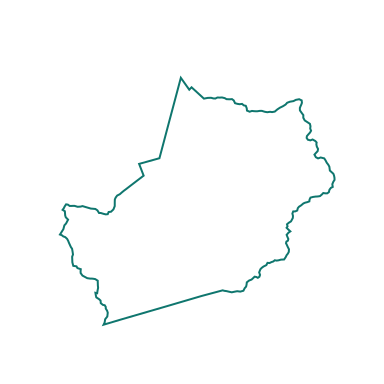 Santa Cruz, Pernambuco, Brazil (Albers equal-area conic projection), rotated 249°
{"feature_id": "56859067B26223419026815", "entity_name": "Santa Cruz", "entity_type": "district", "adm_level": 2, "iso_a3": "BRA", "parent_name": "Brazil", "parent_adm1": "Pernambuco", "projection": "albers", "projection_center": [-40.303, -8.286], "detail": "fine", "context": "isolated", "style": "outline", "palette": "teal", "viewbox_px": 384, "rotation_deg": 249, "n_neighbors": 0, "source": "geoboundaries", "source_scale": "gbopen_adm2", "svg_char_len": 3295}
<svg xmlns="http://www.w3.org/2000/svg" viewBox="0 0 384 384"><g transform="rotate(249 192 192)"><path d="M146.3,325.2L149.0,325.8L151.0,327.7L152.2,329.4L154.2,330.1L156.5,330.5L158.4,330.5L160.2,329.6L162.6,328.4L166.4,329.3L168.7,329.0L171.0,328.3L173.7,328.0L176.0,327.5L178.1,324.5L178.2,321.7L180.1,320.1L183.0,319.7L184.0,321.6L185.1,323.9L187.0,325.1L189.6,324.8L192.0,325.2L193.6,326.1L195.4,325.4L197.8,323.4L197.8,321.0L199.3,318.9L201.4,318.4L203.0,319.3L204.1,321.3L205.2,323.5L206.5,325.1L208.9,325.1L211.0,326.2L213.4,326.5L215.5,325.0L218.4,322.9L221.4,322.5L223.9,323.5L226.3,322.8L229.5,322.0L231.8,322.8L233.1,324.0L234.6,325.5L235.9,326.6L238.2,327.2L240.2,325.3L240.8,322.0L240.5,319.3L241.2,315.8L241.2,312.8L240.1,310.7L239.5,307.7L239.2,304.3L238.5,301.2L237.4,298.1L237.9,295.4L238.9,293.6L239.5,290.9L240.8,288.7L242.7,286.3L243.4,284.5L244.0,281.8L245.1,279.1L246.2,277.0L246.3,274.6L248.3,272.5L250.6,273.1L253.2,273.1L254.3,271.4L256.3,270.3L256.9,267.9L258.0,266.0L259.5,264.0L262.5,263.8L264.4,262.6L265.0,260.5L266.3,257.5L267.9,256.2L269.5,253.9L270.2,251.7L271.1,249.6L270.9,247.3L271.7,245.5L273.1,243.6L274.2,240.5L274.9,236.6L289.9,229.1L288.5,226.1L302.6,222.5L278.7,205.2L276.5,203.6L265.2,195.4L247.2,182.4L235.2,173.7L237.2,152.7L224.6,152.7L220.3,138.1L218.2,131.1L217.6,128.9L216.8,126.5L215.8,123.8L215.5,120.9L214.2,118.8L212.7,117.3L210.6,116.4L206.5,114.8L203.9,112.4L202.6,109.3L203.2,107.0L201.5,105.4L202.0,103.5L203.3,101.6L205.1,99.3L205.7,97.7L208.8,97.1L210.8,95.7L212.8,91.6L216.0,87.4L218.1,84.7L218.3,82.7L219.2,79.9L221.2,77.3L222.8,72.8L224.7,71.6L225.6,70.0L224.1,67.9L222.8,66.5L221.7,64.8L219.6,66.4L215.5,65.2L213.6,65.1L210.6,66.4L207.7,63.1L206.6,60.9L203.4,58.6L199.6,53.5L198.3,55.0L196.7,55.9L195.3,57.5L193.0,58.6L190.7,58.9L188.9,58.9L187.1,59.0L184.0,59.2L182.0,59.7L179.4,59.2L176.3,58.5L174.5,56.9L169.2,55.1L165.6,54.7L164.0,57.5L162.0,57.8L159.8,60.5L158.0,59.6L156.2,59.0L153.2,59.8L149.1,63.3L147.7,65.8L146.7,68.2L145.4,70.4L143.0,72.2L138.4,70.6L136.2,70.0L133.5,68.3L131.5,67.2L132.5,65.7L130.0,65.2L127.9,64.9L125.3,66.8L123.4,67.7L120.9,67.0L118.5,68.4L117.6,69.9L115.7,70.3L114.0,69.7L111.7,70.2L109.5,70.1L106.1,68.3L104.3,65.3L101.5,63.7L99.8,61.9L98.4,80.1L94.4,127.7L91.5,163.6L89.2,185.4L88.2,186.7L87.1,188.7L85.6,190.9L84.1,193.2L83.7,195.8L83.2,198.6L81.7,201.4L81.4,204.6L83.3,206.7L84.3,208.6L85.9,209.7L88.0,210.8L88.9,213.6L88.9,216.2L89.6,218.0L90.5,220.1L89.6,221.6L88.3,222.7L88.7,224.5L90.2,225.8L92.9,225.9L95.4,228.2L96.2,229.9L96.8,232.0L97.1,235.2L98.8,237.1L97.9,238.9L98.1,241.0L98.0,243.0L98.6,244.8L97.6,246.5L97.2,248.4L97.0,250.7L96.0,253.8L97.6,256.1L99.1,257.7L100.1,259.4L101.4,260.9L103.8,262.0L106.5,261.7L108.6,261.6L110.5,261.4L111.9,262.4L112.2,264.1L113.6,265.1L115.7,265.0L118.1,265.0L119.4,267.4L120.0,269.7L122.4,268.5L124.7,267.5L125.7,268.9L127.8,269.1L128.6,271.3L129.1,273.9L130.3,275.3L131.6,276.8L133.5,277.7L135.9,278.0L137.6,279.5L136.9,281.5L137.0,283.6L139.0,285.0L139.9,286.6L140.4,289.0L141.4,291.9L141.5,293.8L141.2,296.0L141.2,298.2L142.9,299.1L144.3,300.6L144.0,303.3L143.4,305.9L142.8,307.7L142.3,310.0L143.1,312.3L144.0,314.2L143.0,315.9L142.3,317.8L142.8,319.7L144.9,321.2L146.1,323.2L146.3,325.2Z" fill="none" stroke="#0f766e" stroke-width="2"/></g></svg>